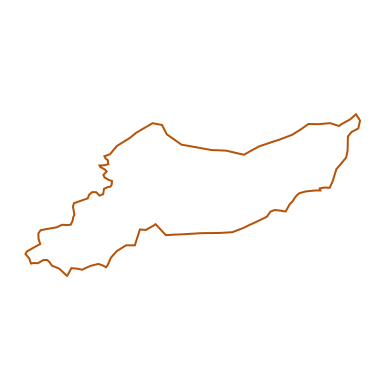 Commonwealth 2, Grand Bassa, Liberia, rotated 99°
{"feature_id": "62588387B22492671376188", "entity_name": "Commonwealth 2", "entity_type": "district", "adm_level": 2, "iso_a3": "LBR", "parent_name": "Liberia", "parent_adm1": "Grand Bassa", "projection": "natural_earth1", "projection_center": [-10.038, 5.878], "detail": "fine", "context": "isolated", "style": "outline", "palette": "amber", "viewbox_px": 384, "rotation_deg": 99, "n_neighbors": 0, "source": "geoboundaries", "source_scale": "gbopen_adm2", "svg_char_len": 1989}
<svg xmlns="http://www.w3.org/2000/svg" viewBox="0 0 384 384"><g transform="rotate(99 192 192)"><path d="M170.4,284.1L172.5,282.5L173.8,280.1L177.6,279.0L179.1,282.1L180.3,287.5L181.6,286.5L183.5,281.4L185.1,279.5L189.0,282.2L191.3,280.6L193.0,276.5L193.7,272.7L197.3,272.5L199.4,273.3L200.3,275.9L202.6,279.4L208.1,279.4L210.0,282.8L207.2,286.6L207.7,290.5L210.9,293.2L214.6,294.0L217.6,299.6L220.9,305.7L221.5,306.8L225.1,307.3L232.7,304.6L235.7,305.4L238.9,305.4L243.3,306.7L244.2,310.2L244.7,315.2L248.1,320.3L251.1,329.1L253.4,335.5L257.1,337.3L262.3,336.2L267.2,333.8L268.8,336.0L272.7,341.0L276.6,345.8L279.3,346.8L283.2,342.3L287.8,339.9L286.9,337.2L286.4,333.0L282.5,328.2L281.8,324.5L283.2,322.1L286.6,318.9L288.5,311.1L293.0,304.5L294.4,302.3L291.9,301.3L286.1,299.2L285.7,294.1L285.9,288.2L284.3,286.1L280.7,280.4L277.7,273.2L278.6,268.2L279.8,265.2L278.4,264.2L275.7,263.4L269.5,261.8L262.1,257.0L255.0,248.8L253.6,240.1L238.4,237.8L237.2,237.6L236.7,231.7L230.8,224.2L229.5,222.9L238.7,211.1L236.8,202.4L235.3,194.9L232.5,182.2L231.4,177.5L230.8,174.2L230.0,169.3L229.3,165.1L228.1,158.2L225.4,145.9L219.4,135.5L215.5,130.0L212.6,125.5L210.0,121.8L206.9,117.3L206.3,116.4L204.4,113.9L202.4,113.1L199.0,111.3L196.9,107.6L196.5,101.8L196.7,99.0L196.5,96.4L188.9,93.6L185.0,91.0L181.5,89.5L178.8,87.9L176.4,85.8L173.7,79.9L171.3,70.9L170.4,65.4L168.5,66.4L166.9,62.1L166.3,56.7L160.2,54.9L157.4,54.5L146.9,53.0L140.9,49.3L133.8,45.1L126.9,44.8L112.7,46.7L107.8,43.8L103.2,37.7L95.2,37.2L93.6,38.6L89.6,42.2L95.5,47.1L101.9,55.3L103.8,57.1L102.4,66.4L105.2,77.6L106.6,87.6L112.8,94.0L119.8,102.0L126.7,114.0L127.6,115.9L136.4,132.8L142.3,140.5L147.1,146.5L146.8,150.9L146.5,155.6L146.2,158.8L145.8,164.9L146.0,166.5L146.4,169.6L146.8,173.5L147.4,178.0L147.5,178.9L147.4,185.7L147.0,202.3L146.9,209.8L145.2,213.2L139.0,225.9L130.5,232.1L130.3,238.7L130.2,241.7L142.3,256.5L148.2,261.7L158.2,273.3L167.5,278.9L170.4,284.1Z" fill="none" stroke="#b45309" stroke-width="2"/></g></svg>